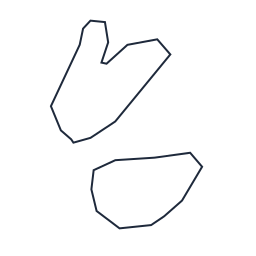 outline of Kökar, rotated 280°
{"feature_id": "ALD-4824", "entity_name": "Kökar", "entity_type": "state/province", "adm_level": 1, "iso_a3": "ALA", "parent_name": "Aland", "parent_adm1": "", "projection": "albers", "projection_center": [20.932, 59.931], "detail": "fine", "context": "isolated", "style": "outline", "palette": "slate", "viewbox_px": 256, "rotation_deg": 280, "n_neighbors": 0, "source": "natural_earth", "source_scale": "10m", "svg_char_len": 493}
<svg xmlns="http://www.w3.org/2000/svg" viewBox="0 0 256 256"><g transform="rotate(280 128 128)"><path d="M208.9,93.6L187.8,90.5L187.6,95.7L209.8,113.0L220.4,141.4L207.8,156.9L132.2,114.3L111.8,92.8L104.1,76.8L107.0,74.0L114.0,62.3L136.1,48.3L201.6,66.0L218.1,66.5L227.2,72.4L228.3,86.9L208.9,93.6ZM47.3,178.9L36.4,167.6L27.7,137.1L40.8,111.5L61.2,102.6L80.5,101.5L94.1,121.1L103.4,159.3L114.4,193.5L102.7,207.7L65.9,193.8L47.3,178.9Z" fill="none" stroke="#1e293b" stroke-width="2"/></g></svg>